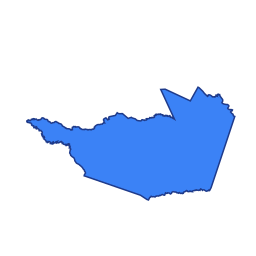 Serenje, Central, Zambia (Equal Earth projection), rotated 289°
{"feature_id": "96606910B77122166525946", "entity_name": "Serenje", "entity_type": "district", "adm_level": 2, "iso_a3": "ZMB", "parent_name": "Zambia", "parent_adm1": "Central", "projection": "equal_earth", "projection_center": [30.192, -13.189], "detail": "fine", "context": "isolated", "style": "filled", "palette": "blue", "viewbox_px": 256, "rotation_deg": 289, "n_neighbors": 0, "source": "geoboundaries", "source_scale": "gbopen_adm2", "svg_char_len": 5651}
<svg xmlns="http://www.w3.org/2000/svg" viewBox="0 0 256 256"><g transform="rotate(289 128 128)"><path d="M68.5,102.1L68.5,161.7L66.6,169.1L66.6,170.8L69.4,171.2L70.0,171.8L71.0,172.1L70.8,173.2L71.4,174.4L71.6,176.1L72.3,176.3L72.8,177.1L73.1,177.3L73.7,179.3L74.5,179.7L74.7,180.6L76.3,182.0L76.2,183.7L76.4,184.5L78.8,184.6L78.6,185.5L79.1,186.0L79.1,186.4L79.6,186.5L79.9,188.4L79.4,189.5L80.3,190.4L81.3,190.3L82.5,191.3L82.6,192.8L82.9,193.2L82.9,193.9L83.1,194.2L82.6,195.4L82.9,196.0L82.8,196.7L83.1,196.7L83.1,197.3L83.7,197.7L83.3,198.6L83.3,199.4L83.9,200.1L83.8,200.6L84.0,200.6L84.1,201.0L84.6,201.3L84.5,201.6L85.7,201.7L86.6,202.9L87.3,203.2L87.6,203.9L87.9,203.9L87.8,204.7L87.4,204.8L87.4,205.6L87.7,206.5L88.6,207.1L88.3,207.5L88.7,209.4L89.0,209.0L90.2,210.5L90.5,211.3L90.9,211.5L90.9,212.0L91.7,212.5L91.8,212.9L91.5,213.3L91.9,214.1L92.1,214.9L92.0,215.3L92.7,215.9L92.6,216.4L93.8,216.4L94.1,216.6L93.6,218.2L93.3,218.7L93.8,218.9L94.3,220.0L93.7,222.4L94.0,223.2L94.8,223.9L95.1,225.0L95.8,224.7L96.0,225.0L95.9,225.6L98.6,226.0L173.7,225.2L173.7,224.3L173.9,223.7L175.2,222.8L175.6,221.4L176.5,219.8L177.2,219.8L178.2,220.9L179.1,220.9L179.2,220.2L178.4,217.7L178.8,216.1L179.2,215.8L181.3,216.3L181.9,216.1L182.3,215.5L182.6,214.3L182.2,213.2L181.9,210.9L182.0,209.6L182.3,208.8L182.7,208.5L184.0,208.8L185.3,208.5L185.8,208.1L188.1,204.7L189.4,203.8L189.2,203.5L188.8,203.6L188.8,203.3L189.1,203.0L189.0,202.7L189.4,202.5L189.3,202.2L188.8,202.4L188.7,201.8L188.3,201.4L187.7,201.7L187.6,201.0L187.1,201.6L187.1,200.9L186.9,201.0L186.6,200.4L186.1,200.3L185.8,199.7L185.5,199.9L185.3,199.4L185.2,198.1L184.9,197.6L185.4,196.9L185.9,195.2L185.8,193.7L185.1,193.0L184.6,193.3L183.8,192.9L185.6,189.0L187.1,186.7L189.2,182.1L189.4,180.9L173.9,178.1L176.8,150.5L175.1,146.4L151.6,168.9L151.8,168.2L151.6,167.9L151.8,167.2L152.1,166.5L152.6,166.4L152.0,165.6L151.9,164.9L152.3,165.0L152.6,164.5L152.6,163.9L152.9,164.0L153.3,163.5L152.9,163.1L152.6,163.1L152.3,162.6L152.6,160.6L152.4,160.4L152.0,160.8L152.1,159.1L151.5,158.7L151.3,158.9L151.1,158.5L151.2,157.6L150.9,157.2L151.2,156.7L151.8,156.6L151.5,154.9L151.9,154.3L151.6,153.9L151.2,153.9L151.3,152.8L150.8,152.6L150.9,152.2L150.3,151.0L150.3,150.4L149.9,150.1L149.5,150.5L149.3,150.2L149.5,149.8L149.2,149.8L149.2,149.5L148.9,149.3L148.6,149.6L148.2,148.9L147.9,149.2L147.2,149.1L146.8,149.4L146.2,149.0L146.2,148.3L145.7,147.6L145.8,147.3L145.3,147.2L144.9,145.3L144.5,145.5L143.8,145.0L142.8,142.4L142.1,143.1L141.4,142.6L141.0,141.2L140.6,141.2L140.6,139.1L140.1,138.3L139.3,138.2L138.8,137.6L138.2,135.1L138.3,134.9L138.1,134.0L139.0,132.0L138.9,128.5L139.2,127.7L137.1,125.0L139.8,118.1L138.7,115.1L138.6,113.6L138.9,112.8L135.8,112.0L132.5,106.5L131.0,106.4L130.3,107.3L129.1,106.2L130.4,103.8L129.3,102.7L128.4,102.1L127.6,102.2L126.8,103.1L125.6,103.3L125.2,104.1L124.9,103.4L124.0,102.6L123.3,102.4L122.9,101.3L122.1,100.3L121.5,98.5L120.8,97.6L119.2,96.4L118.4,96.4L118.0,95.9L117.1,96.0L116.9,96.3L116.0,96.0L115.6,95.7L115.6,95.1L115.2,94.8L115.1,94.4L114.8,94.3L114.5,93.7L114.4,93.9L114.2,93.7L114.4,93.4L114.1,92.2L113.3,91.0L113.5,90.9L113.2,90.0L113.3,89.6L113.1,89.1L113.1,88.2L112.7,87.9L112.6,87.2L112.1,87.0L112.1,86.0L111.6,85.1L112.0,84.1L111.8,83.6L112.0,82.6L112.5,82.5L113.0,81.1L112.6,79.8L112.1,78.8L112.2,77.9L111.7,77.8L111.9,76.6L111.7,76.1L111.4,76.1L111.0,75.6L110.5,75.6L110.4,75.2L108.8,75.5L108.3,76.0L108.1,75.8L108.1,75.2L107.6,75.0L107.5,74.5L108.0,74.0L108.1,72.8L107.4,70.1L107.9,69.2L107.6,68.8L108.1,68.0L108.6,65.2L108.9,65.1L109.9,63.7L110.0,61.5L109.8,61.1L110.4,59.7L110.4,58.5L110.7,57.7L109.9,56.7L109.1,56.4L108.5,55.0L107.7,54.3L107.7,53.1L108.3,52.4L108.4,51.5L108.2,51.3L108.5,50.9L108.7,49.8L109.5,49.3L109.7,48.6L109.2,46.7L109.7,45.6L109.5,45.4L109.7,44.8L109.9,44.6L109.8,43.9L109.3,43.2L107.5,42.7L107.3,42.0L106.8,41.7L106.7,41.1L106.4,40.9L106.5,40.6L106.0,40.4L106.0,39.6L106.6,38.5L106.3,37.7L106.0,37.4L106.1,37.0L105.8,36.9L106.2,36.2L106.2,35.9L105.7,35.1L105.3,35.0L105.4,34.7L105.1,34.3L104.9,34.7L104.7,34.0L103.2,33.2L103.3,32.3L103.0,31.8L103.2,31.0L102.1,30.5L101.7,30.0L101.4,30.1L101.0,31.0L100.6,31.0L100.7,32.1L101.2,32.5L100.8,33.3L101.1,34.4L100.3,35.6L99.8,35.7L99.8,36.0L99.2,36.3L99.2,36.8L99.0,37.0L99.4,37.9L99.1,38.5L98.1,38.6L97.6,39.1L98.6,40.3L99.4,40.6L99.4,40.9L99.0,41.6L98.6,41.3L98.6,40.8L98.1,40.6L97.3,41.6L97.8,42.2L98.0,43.5L97.4,44.8L97.1,44.7L97.1,45.1L96.6,45.2L97.3,46.4L96.8,47.0L96.7,47.6L95.9,48.4L94.9,48.5L94.5,48.2L94.0,49.2L93.8,49.2L93.6,48.7L92.7,49.3L92.3,49.9L92.8,50.6L92.7,51.4L92.2,51.8L91.9,51.5L91.7,51.9L91.1,51.3L90.9,52.1L90.1,52.3L89.6,54.1L88.9,54.7L88.6,55.7L88.4,55.6L88.4,55.9L87.9,56.4L88.1,56.8L88.6,57.2L89.2,57.1L89.1,57.5L89.6,58.3L89.0,59.5L88.3,59.4L88.0,59.6L88.4,60.5L88.2,60.5L88.2,61.6L88.6,62.3L89.0,62.4L89.9,61.3L90.6,61.9L89.9,62.7L90.0,63.7L90.1,63.9L91.1,64.7L91.4,64.4L92.2,65.4L90.8,65.0L90.5,65.5L91.2,66.1L91.4,67.4L92.0,67.5L92.4,68.3L92.8,68.4L92.9,68.8L93.2,68.8L93.4,69.2L93.0,69.3L93.1,70.2L92.8,70.2L92.1,70.8L92.5,71.0L92.6,71.5L92.1,71.6L91.7,72.4L91.7,73.5L92.0,74.3L92.1,74.2L92.4,74.6L92.4,75.1L91.9,75.3L91.9,75.1L91.5,74.8L91.2,75.2L92.2,76.4L92.8,76.2L93.3,76.9L93.7,76.7L93.9,77.2L93.7,77.3L93.6,77.9L92.6,77.7L92.7,78.1L92.4,78.3L91.9,78.2L91.6,78.5L91.7,78.9L91.4,78.8L91.1,79.4L90.6,79.2L90.7,79.4L90.4,79.4L90.1,79.8L90.1,79.7L88.9,80.5L85.4,81.0L84.3,82.3L83.5,82.7L82.7,84.5L82.2,86.5L81.0,87.7L79.6,88.5L78.0,90.7L77.6,93.3L77.3,94.4L77.0,94.7L77.0,95.1L75.8,97.7L74.5,99.3L74.1,100.3L73.1,100.9L72.6,101.7L71.6,102.5L69.7,102.0L68.5,102.1Z" fill="#3b82f6" stroke="#1e3a8a" stroke-width="1.5"/></g></svg>